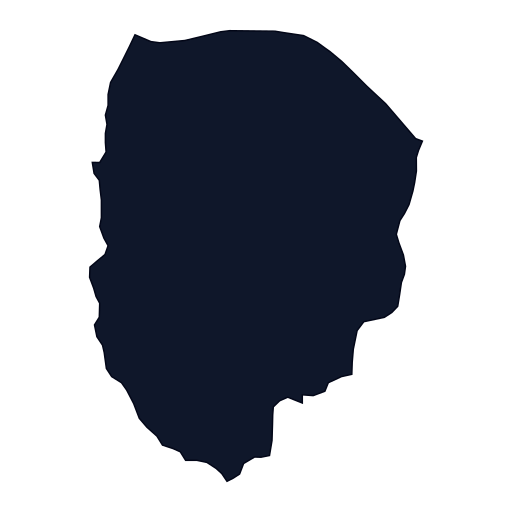 outline of Mira Estrela, São Paulo, Brazil
{"feature_id": "56859067B40110594007998", "entity_name": "Mira Estrela", "entity_type": "district", "adm_level": 2, "iso_a3": "BRA", "parent_name": "Brazil", "parent_adm1": "São Paulo", "projection": "robinson", "projection_center": [-50.128, -19.961], "detail": "fine", "context": "isolated", "style": "filled", "palette": "ink", "viewbox_px": 512, "rotation_deg": 0, "n_neighbors": 0, "source": "geoboundaries", "source_scale": "gbopen_adm2", "svg_char_len": 1440}
<svg xmlns="http://www.w3.org/2000/svg" viewBox="0 0 512 512"><path d="M135.0,34.8L129.6,46.2L123.6,58.3L118.0,69.5L110.6,82.4L108.1,94.5L108.1,105.4L105.4,115.1L107.0,124.4L105.4,133.4L105.4,142.7L106.1,152.0L99.7,162.5L92.3,162.4L94.1,173.4L99.3,180.3L100.1,189.1L101.4,200.0L101.4,217.8L99.7,226.6L103.9,238.1L108.1,245.7L105.0,254.5L97.6,260.6L90.0,267.1L89.6,277.3L93.7,288.2L96.1,296.6L99.7,303.2L99.3,317.2L94.5,324.9L96.9,336.7L102.5,345.1L104.2,352.5L106.4,368.5L111.7,376.6L121.5,382.7L126.7,390.1L133.7,403.6L139.3,418.3L147.0,427.3L156.9,436.1L162.5,445.1L172.9,448.5L180.3,451.8L185.6,460.3L196.8,460.3L206.9,462.4L216.1,468.4L221.8,473.6L227.0,481.3L233.3,478.1L239.6,474.0L243.6,463.5L254.6,457.0L261.0,457.2L269.5,455.5L272.0,440.5L272.5,424.0L272.7,415.0L273.3,406.9L279.6,400.8L287.7,397.2L302.3,403.0L302.3,394.8L313.2,395.6L324.9,391.2L328.3,382.7L341.4,376.6L351.8,374.3L352.2,362.5L353.3,349.2L357.1,330.6L363.8,321.7L384.4,317.3L391.8,312.5L397.7,306.3L399.6,294.7L401.4,282.5L404.4,274.3L405.5,266.3L403.4,255.0L398.9,242.9L396.3,234.3L399.9,220.6L404.5,213.4L409.0,204.6L412.9,191.0L414.6,182.7L416.4,171.0L416.3,157.5L418.5,150.4L422.4,141.1L415.6,138.6L396.1,115.9L385.8,103.9L366.6,86.0L352.9,72.3L341.7,61.4L330.2,51.8L324.9,48.0L317.2,42.4L303.6,35.6L283.5,32.6L275.0,31.2L229.5,30.7L220.6,31.8L202.0,36.4L184.9,40.5L159.9,42.8L150.9,41.6L135.0,34.8Z" fill="#0f172a" stroke="#020617" stroke-width="1.5"/></svg>